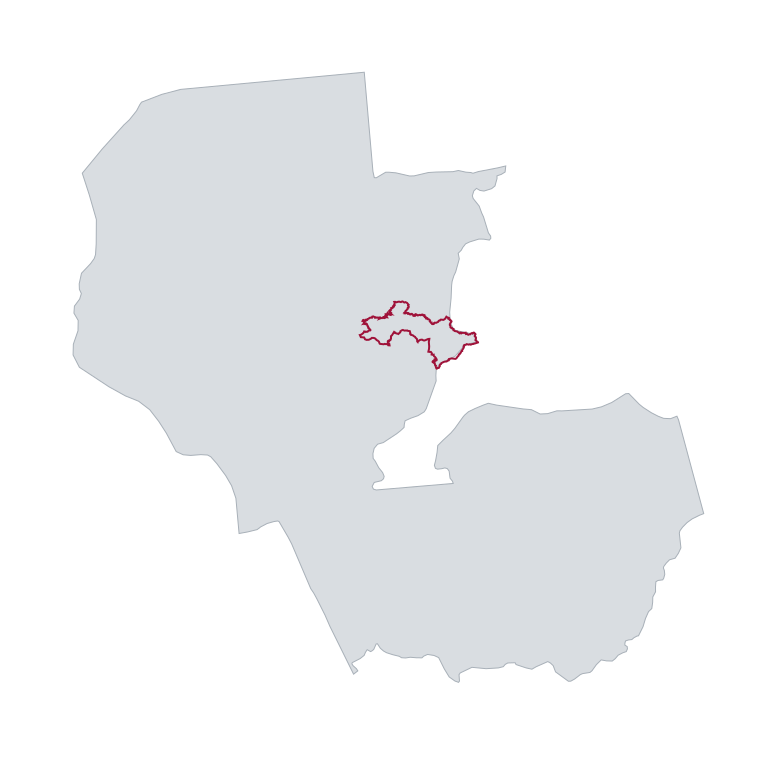 Mushindano, North-Western, Zambia shown in context, rotated 85°
{"feature_id": "96606910B46264133370016", "entity_name": "Mushindano", "entity_type": "district", "adm_level": 2, "iso_a3": "ZMB", "parent_name": "Zambia", "parent_adm1": "North-Western", "projection": "natural_earth1", "projection_center": [26.828, -12.5], "detail": "fine", "context": "in_parent", "style": "outline", "palette": "rose", "viewbox_px": 768, "rotation_deg": 85, "n_neighbors": 0, "source": "geoboundaries", "source_scale": "gbopen_adm2", "svg_char_len": 9777}
<svg xmlns="http://www.w3.org/2000/svg" viewBox="0 0 768 768"><g transform="rotate(85 384 384)"><path d="M520.3,541.4L484.9,541.5L472.0,544.7L461.4,549.7L448.7,557.5L441.4,562.9L439.4,565.9L438.4,572.6L438.3,582.8L437.0,590.2L433.2,596.9L414.0,605.1L401.5,611.7L389.2,619.6L379.8,629.9L373.4,642.5L362.9,658.1L340.8,686.0L328.0,691.2L317.3,690.0L304.3,684.2L294.0,683.1L286.4,686.7L279.4,685.6L272.9,679.8L267.5,677.6L263.2,679.2L257.6,678.9L247.3,675.7L238.5,665.8L233.7,661.7L230.0,660.1L219.4,658.5L195.1,656.2L169.9,661.1L147.7,666.2L125.1,644.0L103.2,620.5L98.6,614.6L90.3,606.7L84.4,602.9L82.1,601.0L76.1,580.1L72.8,560.9L71.7,376.5L171.2,376.5L177.6,375.7L177.9,373.7L173.2,363.9L173.5,360.4L174.7,353.7L179.0,340.4L179.3,335.9L177.2,321.4L177.4,313.3L178.5,296.9L177.8,291.3L180.1,284.0L180.9,279.1L181.8,277.0L180.6,271.4L178.6,251.9L177.4,243.7L183.4,244.9L185.4,248.9L186.5,253.3L189.2,253.5L196.4,256.2L198.8,259.8L200.5,267.6L199.5,271.6L197.2,274.8L199.5,277.7L204.2,279.6L207.0,279.0L215.0,273.7L222.4,271.7L226.2,270.3L242.6,266.8L245.9,264.9L248.2,264.9L249.8,266.5L248.4,272.0L247.9,276.9L249.9,286.2L251.5,290.5L254.9,293.7L257.4,295.3L260.2,298.7L265.9,298.1L278.5,302.8L282.3,305.0L287.7,307.2L291.4,308.0L304.4,309.7L318.2,312.3L325.3,312.5L330.3,311.9L333.9,310.5L336.0,309.0L337.0,307.7L342.2,290.1L344.8,288.7L348.2,287.8L350.2,289.4L352.5,300.5L362.4,310.6L365.8,319.0L368.2,326.2L370.4,328.2L374.2,330.7L380.2,331.6L385.5,331.8L412.3,344.1L415.2,346.3L418.5,352.9L420.4,360.3L422.5,366.2L426.0,367.3L429.0,367.8L432.1,371.8L434.4,375.3L442.3,389.8L443.4,395.6L447.2,399.4L452.4,401.1L457.2,401.3L460.0,399.5L466.8,396.6L472.1,393.1L476.0,391.9L478.3,392.7L480.1,395.0L481.2,402.3L485.0,404.7L487.8,403.7L488.9,400.9L488.9,399.5L489.1,323.7L486.7,324.3L483.6,326.4L476.5,326.7L473.8,328.3L472.9,330.7L473.4,333.8L473.5,338.1L472.5,340.1L469.4,340.9L464.9,339.3L456.8,337.1L450.0,335.8L445.2,330.1L438.6,321.6L434.3,317.2L423.9,308.3L422.1,306.5L419.0,302.3L416.3,295.2L413.7,287.0L412.3,281.8L414.8,273.8L421.0,247.5L422.4,239.4L427.5,231.1L427.8,223.6L425.8,214.1L426.3,208.9L427.1,178.8L425.7,169.3L422.3,158.8L414.8,144.2L414.8,141.0L426.4,131.5L429.9,127.9L435.9,120.2L440.0,113.7L442.6,108.4L443.5,101.5L441.6,95.0L445.5,93.7L541.0,76.8L542.3,81.3L545.2,88.7L548.5,94.2L552.6,99.0L556.0,102.0L558.3,102.8L573.1,102.5L578.3,105.5L582.9,109.2L584.0,114.9L587.1,118.5L590.3,121.3L591.7,121.7L594.1,121.0L598.1,120.9L601.7,122.2L603.4,123.4L603.6,128.2L604.7,130.4L609.7,131.2L614.7,131.6L619.6,134.8L624.9,135.4L631.0,136.8L633.8,140.3L640.3,143.9L648.3,147.1L657.0,152.4L657.2,154.1L658.6,157.2L660.2,159.4L660.3,162.8L661.0,165.8L663.2,166.6L665.1,166.8L666.8,164.6L669.1,164.6L671.7,166.0L672.6,169.6L674.6,174.4L677.8,177.6L679.9,180.8L679.2,186.5L677.8,191.7L682.1,196.9L687.8,201.8L689.3,204.0L689.8,211.3L690.6,213.7L694.5,219.8L696.3,223.8L696.2,226.2L685.7,238.2L679.3,240.0L676.5,242.5L674.8,245.0L678.9,257.0L681.0,261.5L679.2,267.2L675.0,276.9L673.1,277.7L672.7,285.0L673.9,287.7L676.0,289.8L676.8,294.8L676.5,307.1L673.9,321.1L678.5,333.3L680.1,334.6L686.5,334.7L687.7,335.7L686.1,339.2L681.5,344.6L673.2,348.7L661.3,353.4L658.8,357.8L657.2,364.2L658.5,368.0L660.1,370.1L659.5,375.8L658.5,381.7L658.8,386.3L658.2,390.4L656.6,392.5L654.5,398.7L651.9,404.9L649.9,407.8L646.9,410.7L642.2,413.2L642.3,414.5L647.6,417.4L648.9,419.4L649.4,420.7L647.2,423.9L649.6,425.8L652.6,427.4L655.4,431.6L658.6,439.4L659.2,440.2L660.1,440.3L661.9,439.4L665.2,436.3L667.5,435.1L670.4,439.6L620.7,459.0L609.1,462.9L591.7,469.8L586.0,472.3L581.5,474.8L535.3,489.9L528.1,492.9L511.8,500.6L511.2,501.9L511.4,505.4L512.8,512.7L515.6,519.3L518.0,523.1L519.5,532.8L520.3,541.4Z" fill="#d9dde1" stroke="#a8b0b8" stroke-width="1"/><path d="M373.0,330.5L373.3,330.0L372.6,329.0L372.8,328.2L372.6,327.8L371.7,327.4L371.2,326.9L370.2,326.9L369.5,326.4L369.0,325.4L368.2,325.0L367.3,322.7L367.0,321.7L367.0,319.6L366.2,318.4L366.2,317.6L365.7,317.1L365.1,317.4L364.8,317.2L364.4,314.4L365.2,310.7L364.8,309.7L363.2,308.4L362.2,307.2L361.1,306.9L360.9,306.0L360.1,305.7L359.8,305.0L357.9,303.9L357.9,303.3L357.2,303.3L355.4,301.8L354.0,301.1L353.8,301.5L353.2,301.4L352.1,300.6L352.1,299.2L351.5,298.2L352.2,296.1L351.9,294.9L352.4,294.1L351.9,292.8L351.9,291.4L351.6,290.7L351.6,290.1L350.8,286.7L350.6,286.7L350.1,287.8L349.0,288.1L348.2,289.1L346.1,288.3L345.0,288.7L344.8,289.1L344.1,289.5L342.4,288.5L341.9,288.7L341.7,289.2L340.9,289.6L340.6,290.0L340.7,290.4L341.4,291.4L340.9,291.9L341.0,292.1L341.5,293.4L342.0,293.8L341.9,294.5L342.3,295.8L341.4,296.9L341.4,297.6L341.1,297.5L341.1,297.9L340.8,297.9L340.7,298.2L340.0,298.2L340.1,299.5L339.9,301.7L340.2,302.4L339.6,302.6L339.4,303.1L340.2,304.1L339.8,304.7L339.1,304.9L338.8,305.8L338.1,306.4L337.4,308.9L336.7,309.5L336.5,310.1L335.2,310.0L335.0,310.8L334.5,311.4L334.1,311.4L333.7,312.6L333.2,312.9L332.1,312.7L331.0,313.3L330.1,313.2L329.9,312.9L329.1,312.6L327.7,311.3L327.4,311.3L327.2,311.6L326.6,311.8L326.3,312.5L325.9,312.4L325.5,312.7L325.4,313.2L325.0,313.3L324.6,314.3L324.0,314.4L323.6,314.0L323.2,315.1L322.4,316.0L324.3,317.4L325.3,319.1L324.8,321.8L325.2,322.5L325.6,322.7L325.8,324.0L326.8,324.6L327.6,326.8L327.3,328.1L327.8,328.7L327.8,329.0L328.6,329.3L328.6,330.3L328.4,330.9L327.7,331.1L327.5,331.4L327.1,331.3L327.1,331.6L326.9,331.6L326.8,332.1L326.4,332.4L325.8,332.5L325.6,332.8L325.4,332.7L325.3,332.9L324.6,332.7L324.0,333.0L323.7,333.3L323.4,334.3L323.3,334.2L322.5,335.2L322.3,335.2L322.4,336.4L321.5,336.7L321.1,337.3L320.9,337.2L320.9,336.9L320.5,337.4L320.2,337.2L319.9,337.6L318.9,337.7L318.9,338.4L319.1,338.5L318.8,338.8L319.0,338.9L318.2,339.6L318.2,339.9L318.4,340.0L318.2,340.3L318.3,341.0L318.6,341.1L318.7,341.5L318.2,342.8L318.7,344.3L318.6,344.7L318.2,344.9L318.2,345.4L318.0,345.8L317.7,346.1L317.4,346.0L317.2,346.6L317.6,346.9L317.7,347.1L318.0,347.0L318.8,347.2L318.8,348.2L318.6,348.4L318.6,348.8L317.4,349.2L317.0,349.8L316.6,350.0L316.5,350.7L317.1,351.3L316.9,352.2L316.4,352.4L316.3,353.5L316.0,353.4L315.9,353.7L315.7,353.7L315.8,354.1L315.3,354.2L315.1,355.0L315.3,355.6L314.9,355.9L315.5,356.5L315.4,356.8L315.4,357.2L315.0,357.1L314.8,357.6L314.7,357.5L314.3,356.7L313.0,356.1L312.5,355.1L311.7,354.6L311.2,353.8L310.2,353.7L310.0,352.9L309.2,352.6L307.9,353.3L307.5,353.2L307.2,352.6L305.2,354.0L304.3,355.5L304.6,356.7L303.4,358.2L303.4,358.9L303.9,360.0L303.3,361.7L303.3,362.8L303.7,364.4L303.1,365.8L303.1,366.5L303.8,366.2L304.2,366.5L305.4,366.4L305.8,366.7L305.7,366.9L306.3,367.3L306.7,366.9L307.0,367.6L307.8,367.4L308.0,367.7L307.8,368.5L308.9,368.8L309.0,370.0L309.5,369.8L310.9,371.6L311.3,371.2L311.5,371.7L311.7,371.4L312.3,371.9L312.6,371.8L312.7,372.3L313.0,372.1L312.9,371.6L313.6,371.6L313.4,371.1L313.7,370.8L314.0,371.1L314.2,370.9L314.5,371.2L314.9,370.8L314.7,371.5L315.1,372.1L315.5,371.4L315.8,371.4L315.7,371.9L315.3,372.1L314.8,373.5L313.6,374.3L314.0,374.5L314.5,374.2L314.5,375.0L314.7,375.3L315.0,375.3L315.3,374.6L315.5,374.7L315.2,375.9L314.8,376.0L314.7,376.3L316.0,376.4L316.2,375.6L316.5,376.1L316.4,377.0L317.0,377.3L317.2,377.0L317.1,376.0L317.4,375.4L317.8,375.2L317.6,376.2L318.2,377.2L318.4,378.0L318.1,378.8L317.5,378.1L317.2,378.3L317.2,378.8L317.7,379.3L318.2,380.1L318.0,381.9L318.3,382.0L318.5,382.7L317.7,382.0L317.4,382.0L317.3,382.9L317.6,383.4L317.4,383.6L317.5,384.1L317.2,384.8L317.4,385.2L316.9,386.3L317.1,386.7L316.8,387.0L317.1,387.3L316.2,388.0L315.7,388.9L315.9,389.9L316.9,390.2L316.7,391.7L316.8,392.4L317.1,392.7L317.1,393.0L317.7,393.7L317.9,394.9L318.4,395.4L318.8,395.3L319.0,395.8L318.5,395.9L318.4,396.7L319.9,397.5L319.8,397.9L319.1,397.9L318.9,398.1L318.8,398.4L319.0,398.8L318.8,399.1L318.5,399.1L318.6,399.5L319.3,399.8L319.3,399.2L320.1,399.0L320.6,398.4L321.6,398.5L322.0,398.9L321.9,398.4L322.4,398.3L322.2,397.7L322.6,397.4L322.2,396.7L322.4,396.6L322.5,396.3L322.9,396.5L323.1,395.8L324.1,395.4L324.4,395.5L325.2,394.9L325.5,395.1L326.3,394.8L326.5,394.5L327.1,394.6L327.4,394.0L328.0,393.5L328.5,393.5L328.8,392.9L329.1,392.8L329.4,393.0L329.4,394.1L329.6,394.9L330.5,395.8L330.4,397.3L330.6,397.6L330.1,398.2L329.9,399.2L330.9,399.6L331.2,400.2L331.6,400.4L332.0,401.0L332.9,402.6L333.1,403.8L335.3,403.0L335.9,399.7L337.8,399.0L338.5,397.5L338.6,395.3L337.8,393.2L337.0,392.1L337.2,390.3L337.6,389.2L339.0,387.9L339.7,387.5L340.1,386.6L341.3,385.4L343.4,384.8L343.7,384.4L344.4,380.8L344.1,379.8L344.5,378.5L344.4,377.6L345.0,376.8L345.8,376.4L346.0,375.1L344.6,375.2L344.0,376.3L343.6,376.5L342.4,376.6L341.6,376.4L341.4,376.1L341.9,375.2L340.9,374.8L341.0,374.2L340.8,373.8L340.1,373.7L339.6,373.1L337.0,372.9L336.4,372.2L336.3,371.9L333.0,369.4L333.8,368.6L333.8,368.4L334.1,368.4L334.1,368.1L334.5,367.7L335.1,366.2L335.0,365.7L335.4,365.3L333.9,363.3L332.9,363.1L332.1,361.7L331.8,360.5L332.6,359.0L332.6,357.5L332.8,356.6L332.7,356.2L333.1,355.7L333.6,353.7L335.8,353.3L336.3,353.6L336.6,353.1L337.3,353.0L338.0,351.0L338.8,350.3L339.8,348.9L340.4,348.7L342.0,347.3L342.8,347.3L343.7,347.0L344.5,347.2L345.0,346.8L344.7,346.7L344.4,345.9L343.6,345.1L343.2,344.2L343.1,342.3L344.0,340.9L344.2,340.0L343.9,338.6L343.5,337.8L343.5,337.3L343.0,336.1L343.0,334.9L346.1,335.7L350.4,335.7L353.0,336.1L355.7,337.0L356.0,335.9L356.1,334.5L357.6,333.6L358.8,334.0L359.1,333.2L359.1,332.0L359.6,332.1L360.7,331.7L361.6,330.7L362.6,330.1L363.3,330.6L363.8,329.5L364.2,329.4L364.4,329.6L364.3,330.6L365.1,330.0L365.2,330.3L365.3,330.7L364.5,330.6L364.5,331.1L363.6,330.9L363.7,331.1L364.2,331.3L365.0,332.1L364.6,333.0L365.1,332.4L365.4,331.3L366.6,331.7L366.6,332.1L366.1,332.5L366.1,333.0L365.7,333.1L365.6,333.4L366.1,333.7L366.5,333.6L366.9,332.7L367.3,332.5L368.2,331.6L369.6,331.5L370.3,330.7L371.0,331.0L373.0,330.5Z" fill="none" stroke="#9f1239" stroke-width="2"/></g></svg>